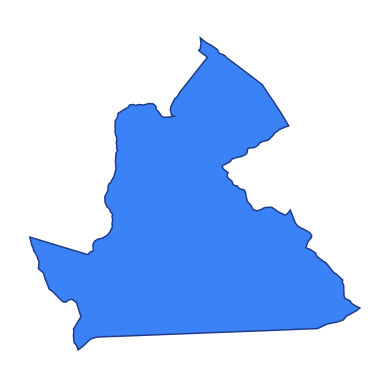 Inajá, Pernambuco, Brazil (Natural Earth projection), rotated 268°
{"feature_id": "56859067B51335287871897", "entity_name": "Inajá", "entity_type": "district", "adm_level": 2, "iso_a3": "BRA", "parent_name": "Brazil", "parent_adm1": "Pernambuco", "projection": "natural_earth1", "projection_center": [-37.801, -8.807], "detail": "fine", "context": "isolated", "style": "filled", "palette": "blue", "viewbox_px": 384, "rotation_deg": 268, "n_neighbors": 0, "source": "geoboundaries", "source_scale": "gbopen_adm2", "svg_char_len": 2867}
<svg xmlns="http://www.w3.org/2000/svg" viewBox="0 0 384 384"><g transform="rotate(268 192 192)"><path d="M38.2,72.7L40.8,76.4L42.4,78.5L48.1,84.8L49.2,87.3L50.2,91.5L50.4,94.1L50.4,116.8L50.7,197.8L50.9,264.1L51.1,299.0L51.1,312.7L55.3,322.3L57.3,333.8L58.9,338.8L62.4,341.8L67.9,352.7L70.2,355.7L72.4,351.6L74.2,349.0L75.7,347.1L77.6,346.3L79.1,343.7L80.3,341.2L83.0,340.3L89.2,340.3L93.3,340.4L96.5,339.0L98.8,339.6L105.1,333.1L106.4,331.0L108.4,329.5L116.8,323.2L118.7,320.1L123.5,314.4L126.6,313.4L130.2,308.6L132.4,303.8L135.8,305.2L137.7,305.7L142.5,309.9L144.6,310.0L147.4,308.0L148.8,305.9L153.4,297.7L155.4,295.5L158.0,294.0L170.5,289.6L166.3,286.0L165.8,283.8L168.0,279.8L169.9,276.4L172.0,274.0L173.9,271.2L174.0,268.9L174.0,265.2L173.3,262.6L172.0,260.4L171.0,256.6L172.0,252.6L175.8,250.9L178.5,248.9L180.9,246.8L183.5,246.5L185.9,245.8L188.7,245.7L190.6,245.1L192.4,244.0L193.1,240.8L194.7,238.5L196.6,237.2L197.3,233.7L199.8,232.8L201.6,232.1L203.2,230.3L205.0,228.1L207.5,227.8L210.2,228.7L211.9,226.5L214.2,224.0L216.9,222.9L218.0,225.2L219.2,227.6L221.0,231.2L223.5,233.0L224.4,235.9L225.2,239.2L225.8,242.5L227.0,245.7L228.5,247.9L230.3,248.8L232.6,248.7L234.2,251.1L234.0,254.5L235.0,257.3L236.6,259.7L238.9,261.7L240.0,264.4L240.6,267.2L241.3,270.1L243.1,271.9L244.4,273.6L246.0,275.3L247.9,276.4L249.5,279.0L251.5,281.7L252.7,285.0L253.8,287.7L254.7,291.0L269.3,282.9L275.1,279.3L280.5,276.1L285.9,272.6L296.9,265.9L323.0,233.9L324.9,231.3L326.6,230.1L328.1,228.0L329.7,224.0L333.5,222.3L337.8,216.4L341.4,210.6L345.8,205.7L339.6,206.2L334.8,205.2L333.2,203.7L329.2,208.2L327.9,210.1L325.8,212.0L321.1,207.9L292.6,183.7L287.5,180.2L285.6,177.8L277.7,173.7L275.0,173.2L272.6,173.8L269.8,174.1L268.4,176.8L267.6,171.2L267.7,166.3L268.6,164.3L271.0,162.9L273.0,161.7L275.9,159.1L279.1,158.9L281.5,156.1L281.9,151.6L280.6,146.7L281.3,141.4L280.3,138.9L281.5,136.6L281.2,132.7L278.6,130.8L277.1,127.5L275.8,125.5L273.1,120.7L271.2,120.8L268.3,119.5L265.5,117.7L262.6,117.7L260.6,117.3L258.0,117.5L254.5,117.2L252.3,117.6L249.4,118.5L247.4,118.7L243.4,118.0L240.9,118.5L237.8,118.1L235.9,119.2L233.7,117.5L229.5,116.9L223.7,116.5L220.5,116.9L217.3,116.7L214.4,115.9L209.7,114.3L206.4,112.1L204.6,111.4L202.8,109.1L200.0,108.2L197.0,108.2L194.2,106.8L190.6,104.8L184.7,104.7L180.0,106.7L177.8,109.0L175.1,109.9L172.5,111.8L169.9,111.2L167.0,111.8L163.6,111.0L159.5,111.1L154.6,108.3L152.0,106.2L148.9,100.6L148.2,96.5L146.4,93.1L144.2,91.7L142.3,91.0L138.8,91.4L136.5,91.1L135.4,87.9L133.0,85.8L146.0,47.6L152.6,28.3L144.2,30.1L142.1,31.1L138.8,31.8L135.1,34.1L127.4,36.7L120.7,35.9L117.7,39.2L115.9,41.0L110.2,42.1L106.2,43.8L99.9,45.9L97.8,48.8L86.9,58.9L86.3,62.1L88.4,64.9L89.0,68.3L85.6,72.7L81.9,73.7L71.2,76.7L59.1,68.7L56.7,69.1L53.5,68.5L49.7,68.6L45.6,68.9L43.2,71.0L38.2,72.7Z" fill="#3b82f6" stroke="#1e3a8a" stroke-width="1.5"/></g></svg>